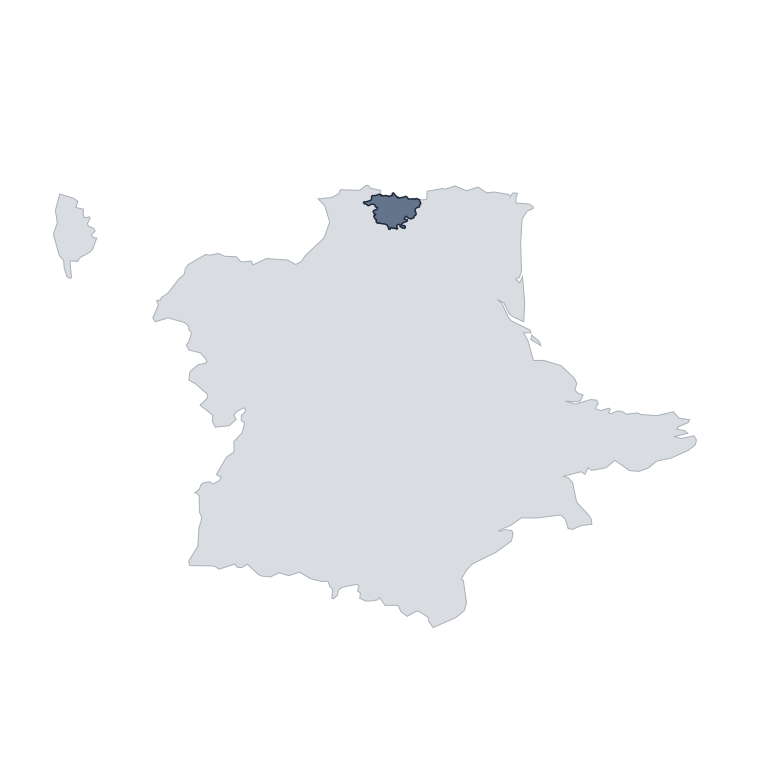 France, with Ariège highlighted, rotated 169°
{"feature_id": "FRA-5269", "entity_name": "Ariège", "entity_type": "Metropolitan department", "adm_level": 1, "iso_a3": "FRA", "parent_name": "France", "parent_adm1": "", "projection": "robinson", "projection_center": [1.591, 42.938], "detail": "fine", "context": "in_parent", "style": "filled", "palette": "slate", "viewbox_px": 768, "rotation_deg": 169, "n_neighbors": 0, "source": "natural_earth", "source_scale": "10m", "svg_char_len": 6527}
<svg xmlns="http://www.w3.org/2000/svg" viewBox="0 0 768 768"><g transform="rotate(169 384 384)"><path d="M590.5,313.3L585.6,315.6L582.7,320.3L579.6,321.4L573.9,321.4L571.1,318.5L564.3,320.4L561.6,323.4L565.8,327.1L552.6,342.2L544.1,346.1L542.4,356.0L532.4,363.4L528.8,371.1L528.5,372.7L531.1,375.2L530.1,380.3L525.0,383.6L525.2,386.8L526.6,387.3L534.5,384.7L537.4,381.7L535.8,377.6L543.6,372.6L557.9,373.8L559.7,380.5L558.0,386.1L568.6,398.3L559.9,404.0L559.4,407.7L568.9,420.0L574.8,425.1L572.0,433.3L562.3,438.6L556.1,438.2L553.5,439.5L553.9,442.0L558.3,449.6L569.0,454.5L570.7,460.2L567.8,462.2L563.2,470.8L565.4,475.1L564.6,476.9L565.8,479.9L568.6,482.7L583.4,490.1L596.6,488.7L598.4,492.9L590.6,504.2L591.2,509.2L587.1,509.3L586.4,511.1L578.3,514.8L565.4,526.2L559.3,529.6L556.9,535.4L553.4,538.6L534.5,545.2L530.9,543.7L521.7,543.8L515.8,539.7L504.7,537.1L501.0,531.1L490.7,529.9L490.0,525.9L475.6,529.6L455.1,524.1L447.9,518.2L442.0,519.8L436.8,525.0L414.9,538.9L406.4,553.3L408.1,570.0L413.3,578.3L399.8,577.0L391.9,579.5L389.8,583.0L370.8,578.8L363.8,582.3L361.8,582.0L359.4,578.5L350.1,574.6L351.5,571.8L350.2,569.3L341.5,567.4L338.4,569.8L335.1,564.9L310.6,557.3L306.6,557.4L305.0,564.9L289.2,564.8L287.0,563.4L276.8,565.0L266.0,557.9L254.0,559.3L246.7,552.0L239.5,551.5L229.5,547.8L224.9,545.8L224.3,543.7L221.3,546.9L217.5,546.2L216.7,545.2L219.2,541.2L219.8,536.5L207.2,533.0L203.9,529.6L203.9,527.8L210.7,526.3L216.9,519.8L223.0,496.2L227.5,468.3L230.7,463.0L234.6,461.6L231.5,457.7L227.6,462.8L230.3,437.3L235.0,418.4L245.4,426.1L247.9,429.5L250.8,440.8L256.7,445.5L252.9,440.9L249.3,425.9L247.0,421.7L230.4,409.1L229.9,406.2L237.2,407.7L234.3,398.3L232.9,378.6L222.8,376.7L206.8,368.3L195.9,353.2L194.7,347.6L197.8,341.6L195.3,337.8L190.6,335.2L194.3,330.1L197.6,329.6L209.2,332.5L199.8,327.7L184.4,329.3L178.3,327.6L177.3,324.0L181.5,319.5L176.4,316.6L167.6,317.3L166.6,316.1L169.2,312.8L167.0,311.6L159.8,312.9L155.8,311.8L152.0,308.1L140.4,307.2L137.9,305.1L122.0,300.8L105.3,301.5L100.8,294.1L90.7,290.5L92.8,288.1L103.1,285.9L105.1,283.8L97.8,280.8L95.3,277.7L108.9,277.0L102.9,273.8L89.6,274.0L88.0,269.5L89.9,265.0L97.7,260.9L116.9,256.4L130.8,256.3L140.8,251.0L150.5,249.6L159.7,252.2L171.9,265.1L182.0,259.4L196.8,259.6L199.8,262.8L203.9,256.9L207.1,260.3L225.3,259.2L221.1,256.9L217.7,251.4L217.4,231.2L208.3,216.5L206.2,211.1L206.8,206.6L217.5,207.4L226.5,205.4L230.8,206.8L231.7,216.3L235.4,221.7L260.2,223.4L274.6,226.4L286.7,221.0L298.0,218.6L298.9,217.4L292.4,217.9L286.5,215.6L285.7,213.1L288.8,205.6L306.1,197.5L331.4,190.6L337.9,186.1L345.3,177.9L343.6,175.8L344.8,153.5L348.5,146.2L358.0,141.0L382.3,135.6L385.4,142.7L385.3,146.7L391.8,153.0L395.0,154.9L405.6,151.5L410.8,157.3L412.4,163.9L425.3,166.6L429.1,175.2L431.4,173.3L439.5,173.7L443.3,174.4L448.6,178.2L447.1,183.3L449.4,185.8L447.2,190.5L448.8,192.5L463.6,192.5L468.1,190.4L470.0,185.6L474.4,182.8L476.1,183.7L473.5,192.6L475.6,194.9L476.7,201.3L482.3,201.8L493.3,206.9L502.7,215.4L514.0,214.0L523.0,218.8L532.2,216.3L541.0,218.9L544.1,221.4L552.5,233.3L558.7,230.9L563.2,232.3L564.7,235.7L581.3,233.7L584.5,237.1L587.9,238.3L609.2,242.8L609.6,247.3L597.8,260.1L593.0,278.2L589.6,284.5L588.4,289.2L589.5,292.4L589.0,297.3L586.8,309.1L588.4,312.6L590.5,313.3ZM675.8,558.9L674.9,566.5L678.2,572.0L680.0,593.9L674.0,604.4L673.4,617.2L666.0,632.4L653.4,625.6L649.6,621.8L652.8,616.0L645.6,612.9L647.1,607.3L646.2,604.4L641.2,604.2L640.9,602.7L644.4,598.3L644.3,595.6L639.4,592.3L638.4,589.3L642.9,585.9L640.7,582.8L638.2,582.1L644.0,572.2L648.2,569.2L657.7,566.4L661.5,562.7L667.9,564.7L668.9,563.7L670.5,548.0L672.6,547.8L674.7,549.9L675.8,558.9ZM231.3,399.4L229.8,403.9L223.5,396.2L222.7,391.9L231.3,399.4Z" fill="#d9dde1" stroke="#a8b0b8" stroke-width="1"/><path d="M317.2,560.0L316.7,559.9L316.0,559.3L315.7,559.0L314.4,558.6L313.5,554.9L313.7,553.7L314.0,553.4L314.7,553.1L315.0,552.8L315.1,552.4L315.2,551.6L315.4,551.3L315.7,551.0L316.9,551.0L318.7,550.6L319.5,550.1L320.2,549.4L320.4,548.4L320.0,545.9L320.0,544.7L320.4,544.0L320.9,543.7L321.5,543.5L322.1,543.2L322.4,542.8L322.8,541.8L323.2,541.4L323.4,541.4L324.2,541.4L325.6,540.9L326.0,540.9L328.6,542.3L329.1,543.0L329.5,543.7L329.9,544.2L330.7,544.3L332.6,542.5L331.9,541.6L329.9,540.8L329.7,540.1L330.4,539.3L331.3,539.1L333.3,539.0L335.1,538.3L336.1,537.7L336.5,536.9L336.0,536.3L333.7,535.5L333.1,534.8L333.3,533.4L334.1,532.9L335.2,533.1L336.1,533.6L338.1,535.4L338.2,535.9L337.9,536.9L338.0,537.2L338.9,537.9L340.0,537.8L341.0,537.2L341.6,536.0L341.5,535.6L341.1,535.0L340.9,534.4L341.3,533.8L342.1,533.6L343.7,534.9L344.5,535.3L345.6,535.1L346.0,535.2L346.3,535.4L346.6,536.0L346.9,536.2L347.6,536.1L348.1,535.3L348.7,534.7L349.9,535.1L349.6,536.3L349.7,536.6L350.2,537.7L350.3,538.2L350.3,539.1L350.6,539.4L350.9,539.7L351.3,539.9L352.2,540.6L352.6,540.9L352.9,541.0L355.7,541.8L356.3,542.1L357.3,542.7L358.0,542.8L359.2,542.9L359.6,543.1L360.0,543.5L360.4,543.9L360.6,544.4L360.7,544.9L360.7,545.3L360.5,545.7L360.2,545.9L360.0,546.2L359.9,546.5L360.2,546.8L361.0,547.3L361.2,547.7L361.4,548.1L361.6,548.9L362.0,550.1L362.0,550.6L361.9,550.9L361.6,551.1L361.3,551.3L360.5,551.4L360.2,551.6L359.9,551.9L359.9,552.2L360.2,552.5L361.1,553.0L361.3,553.4L361.4,553.7L361.7,555.1L361.7,555.5L361.4,555.9L359.4,556.7L359.0,556.7L358.3,556.7L357.9,556.7L357.6,556.9L357.4,557.3L357.2,557.6L356.9,558.0L356.7,558.4L356.9,558.7L357.1,558.8L357.5,558.9L357.9,559.0L358.2,559.3L358.6,559.7L358.8,560.1L358.8,560.5L358.7,560.9L358.7,561.5L358.9,561.7L359.2,561.8L359.6,562.0L360.5,562.6L360.9,562.7L361.3,562.8L362.0,562.8L364.7,562.1L365.1,562.1L365.5,562.1L366.0,562.4L366.3,562.8L366.6,563.4L366.9,563.8L367.3,564.0L368.1,564.3L368.5,564.5L369.0,564.8L369.3,565.2L369.4,565.6L369.4,565.9L369.4,566.2L369.3,566.3L369.2,566.4L368.8,566.6L366.5,566.3L362.6,566.7L362.1,566.8L361.5,567.4L361.0,568.1L360.8,568.4L360.7,568.8L360.6,569.2L360.6,569.9L360.5,570.2L360.3,570.6L359.8,571.0L359.4,571.2L359.0,571.2L357.4,570.7L357.0,570.6L355.9,570.7L353.2,571.1L352.4,571.2L352.0,570.8L351.0,570.5L350.4,570.1L350.7,569.1L345.9,568.6L345.5,568.4L343.2,567.0L342.6,567.1L341.3,567.5L340.0,567.4L339.4,569.5L338.4,569.8L337.8,569.1L337.1,567.3L336.3,566.3L335.6,565.1L335.2,564.9L334.8,564.9L334.6,564.7L334.8,563.9L333.8,563.7L328.7,563.7L327.3,564.1L326.8,564.0L326.1,563.6L325.7,562.9L325.3,562.1L324.9,561.3L324.2,560.7L323.3,560.5L319.7,560.2L319.4,560.1L318.7,559.6L318.4,559.4L317.9,559.6L317.6,559.8L317.2,560.0Z" fill="#64748b" stroke="#1e293b" stroke-width="1.5"/></g></svg>